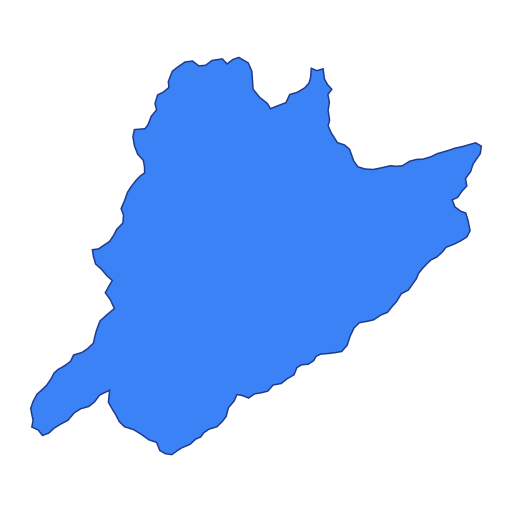 the district of Monteiro Lobato, São Paulo, Brazil
{"feature_id": "56859067B72883060414156", "entity_name": "Monteiro Lobato", "entity_type": "district", "adm_level": 2, "iso_a3": "BRA", "parent_name": "Brazil", "parent_adm1": "São Paulo", "projection": "mercator", "projection_center": [-45.807, -22.938], "detail": "fine", "context": "isolated", "style": "filled", "palette": "blue", "viewbox_px": 512, "rotation_deg": 0, "n_neighbors": 0, "source": "geoboundaries", "source_scale": "gbopen_adm2", "svg_char_len": 2587}
<svg xmlns="http://www.w3.org/2000/svg" viewBox="0 0 512 512"><path d="M132.9,136.7L134.4,145.7L137.7,154.2L143.3,160.3L144.5,166.8L144.6,172.9L140.4,175.9L136.1,180.3L131.2,186.6L127.5,192.3L124.6,200.6L121.1,208.6L123.5,215.0L122.9,223.0L116.8,229.2L113.3,235.9L109.7,241.3L103.6,245.4L98.5,248.9L92.4,249.7L93.4,256.3L95.6,264.0L101.4,269.2L107.0,275.8L112.3,280.5L109.4,285.3L105.3,292.7L110.2,299.5L114.4,308.5L107.7,314.1L100.0,321.0L96.5,330.3L94.7,337.1L93.4,343.2L87.3,348.9L81.9,352.5L73.6,354.9L70.6,361.3L65.1,365.4L58.2,369.4L54.2,372.8L51.0,378.9L46.7,385.2L41.4,390.3L36.9,394.3L33.1,401.5L30.7,408.3L31.8,414.3L33.1,420.4L31.8,427.0L38.2,430.0L42.5,435.5L48.8,433.1L53.9,428.3L60.5,424.2L67.8,420.4L74.2,412.9L80.8,408.7L88.8,406.5L94.6,401.8L99.5,395.2L104.0,392.9L109.6,390.3L108.4,402.2L112.8,410.0L115.7,414.6L119.3,421.6L124.4,426.7L133.6,429.6L141.7,434.6L148.9,439.8L156.6,442.4L159.8,450.5L165.4,453.7L171.9,454.6L177.4,450.5L182.2,447.6L189.9,444.4L195.6,439.2L200.6,437.0L203.9,432.6L209.1,429.1L216.9,426.8L222.0,421.8L226.2,416.4L228.4,407.7L234.2,400.9L236.9,394.6L242.0,395.4L248.6,398.0L254.5,393.9L262.0,392.6L267.8,391.1L273.1,385.0L281.2,383.5L287.2,378.7L294.0,374.8L296.9,367.6L301.5,364.8L308.3,364.2L313.6,360.7L316.1,356.3L320.6,354.1L328.4,353.5L335.3,352.6L341.7,351.5L347.1,345.3L350.2,336.0L354.0,328.0L359.3,322.7L367.8,321.2L373.5,319.9L380.7,315.1L387.5,312.3L391.4,307.4L396.7,301.4L401.2,293.8L408.4,290.0L416.4,278.7L418.3,273.7L422.6,268.3L426.5,264.2L431.1,259.8L436.9,257.0L442.8,251.5L445.9,247.4L454.6,243.9L460.9,240.7L466.8,237.0L470.1,230.6L468.1,220.8L465.7,213.0L460.7,211.2L454.9,206.9L452.2,199.9L457.7,197.3L461.9,191.2L466.8,186.0L465.5,178.5L470.6,171.6L473.0,164.2L480.3,153.5L481.3,146.1L475.6,142.8L463.1,146.4L454.6,148.3L449.5,150.1L437.4,153.6L430.8,156.8L422.8,159.2L416.7,159.4L409.7,161.2L402.3,165.8L396.1,166.3L390.5,165.7L382.9,167.5L373.2,169.5L365.0,169.0L357.9,166.8L353.8,161.1L349.5,149.2L344.4,144.9L337.4,142.6L331.3,133.0L328.1,125.8L329.6,120.2L328.1,110.2L329.4,102.3L327.9,94.5L331.8,89.3L327.6,84.7L324.4,78.9L323.1,68.8L316.9,70.7L311.3,68.3L310.5,78.1L308.9,83.2L304.7,87.9L296.9,92.5L289.7,94.5L286.0,102.6L278.2,105.6L270.5,108.7L267.3,103.4L259.8,97.5L253.1,89.3L251.8,71.1L248.2,62.9L238.8,57.4L232.7,59.6L227.1,63.9L222.3,58.9L212.1,60.4L205.6,65.3L198.8,65.9L192.5,61.0L185.1,62.0L177.7,67.0L172.3,71.3L168.3,81.6L168.9,87.5L163.2,92.2L157.6,94.9L155.0,103.6L156.6,109.9L151.3,116.2L148.1,124.6L145.0,128.7L134.4,129.6L132.9,136.7Z" fill="#3b82f6" stroke="#1e3a8a" stroke-width="1.5"/></svg>